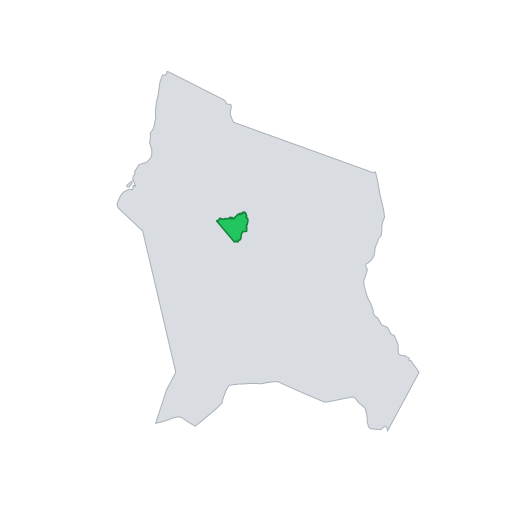 Mwingi North, Eastern, Kenya shown in context, rotated 167°
{"feature_id": "3690345B80003743115065", "entity_name": "Mwingi North", "entity_type": "district", "adm_level": 2, "iso_a3": "KEN", "parent_name": "Kenya", "parent_adm1": "Eastern", "projection": "natural_earth1", "projection_center": [38.213, -0.407], "detail": "fine", "context": "in_parent", "style": "filled", "palette": "green", "viewbox_px": 512, "rotation_deg": 167, "n_neighbors": 0, "source": "geoboundaries", "source_scale": "gbopen_adm2", "svg_char_len": 6516}
<svg xmlns="http://www.w3.org/2000/svg" viewBox="0 0 512 512"><g transform="rotate(167 256 256)"><path d="M120.7,311.0L120.6,304.4L121.4,287.3L121.3,272.4L122.0,264.9L125.2,260.1L126.7,256.7L127.8,251.9L129.4,247.9L133.2,244.8L133.9,243.0L137.9,237.7L140.3,230.8L142.1,228.5L144.4,226.3L146.0,225.2L148.6,224.0L150.7,223.4L151.1,222.8L151.2,221.7L150.6,217.5L151.4,216.1L152.9,213.3L154.5,210.6L155.9,208.9L156.7,207.2L157.1,204.2L157.2,202.1L157.2,198.6L156.7,190.7L155.0,184.2L154.0,176.8L154.7,174.4L153.4,170.0L152.7,169.8L151.6,168.9L150.2,164.8L149.2,161.1L148.5,160.1L144.0,156.9L141.8,149.2L139.2,147.5L137.8,139.9L137.6,137.7L139.0,130.1L138.9,128.4L137.4,126.8L133.1,125.1L129.7,122.0L130.1,120.9L130.4,119.8L128.5,119.0L123.3,106.0L130.1,98.2L137.0,90.3L145.8,80.3L153.9,71.1L160.9,63.1L167.1,56.1L167.0,57.4L167.0,59.2L167.8,60.3L169.1,61.1L170.9,60.3L172.4,59.2L173.9,58.9L183.3,61.9L184.9,64.5L184.8,67.2L185.2,69.2L184.4,71.2L183.7,77.3L183.9,82.9L186.7,87.1L189.2,90.3L191.2,94.9L192.6,96.3L194.7,97.0L201.1,97.2L210.7,97.5L219.8,97.8L220.7,97.9L222.6,98.5L231.0,104.7L238.8,110.3L245.3,115.2L251.7,120.0L257.8,124.6L262.6,128.5L267.4,129.6L275.0,130.2L280.3,130.4L285.2,132.0L292.5,133.5L298.0,134.3L301.3,135.1L310.4,136.0L311.9,135.5L315.9,131.2L320.4,124.3L322.2,120.5L328.0,116.7L338.3,111.4L345.5,107.7L353.5,103.9L357.1,107.2L362.2,112.4L364.4,115.0L366.2,116.1L368.9,116.9L372.3,116.9L374.1,116.8L377.8,116.1L386.5,115.5L391.4,115.5L387.3,122.5L382.3,130.7L373.1,146.0L366.1,154.0L360.8,160.1L360.3,161.2L360.3,168.0L360.4,184.5L360.5,217.6L360.6,250.7L360.7,283.8L360.8,300.3L360.8,305.9L365.4,312.8L370.0,319.6L376.0,328.6L379.2,333.4L379.8,335.0L379.6,338.3L374.6,345.0L370.6,348.1L365.1,349.5L363.5,349.3L361.4,348.3L360.5,349.9L359.9,352.4L358.7,351.9L357.8,351.1L358.3,355.6L358.9,357.8L358.0,360.8L355.4,363.4L355.2,365.6L349.4,371.4L341.3,372.0L337.0,374.9L335.1,377.3L333.7,382.4L334.2,390.2L331.9,396.3L331.5,399.3L327.3,403.3L325.4,406.9L324.0,410.5L322.8,412.1L321.4,420.3L319.4,425.3L318.9,427.0L318.4,428.5L316.9,431.4L315.9,433.4L315.2,434.8L310.3,447.5L306.4,453.3L303.4,452.6L301.4,454.9L301.1,455.9L300.1,455.3L297.5,453.2L292.3,448.9L287.1,444.6L281.9,440.2L276.7,435.9L271.5,431.5L266.3,427.2L261.1,422.9L255.9,418.5L252.8,416.0L251.5,414.5L250.4,411.5L249.9,410.7L248.5,409.8L246.9,409.6L246.4,409.0L246.4,407.6L247.0,405.5L248.9,401.5L249.1,399.2L248.8,396.5L248.2,392.2L247.6,391.3L244.2,389.0L236.9,384.4L229.7,379.7L222.5,375.0L215.2,370.3L208.0,365.7L200.8,361.0L193.5,356.3L186.3,351.7L179.1,347.0L171.8,342.3L164.6,337.6L157.4,333.0L150.1,328.3L142.9,323.6L135.7,319.0L128.4,314.3L125.7,312.5L123.3,311.0L120.7,311.0ZM361.3,356.4L360.1,356.8L360.7,354.5L364.4,351.7L365.9,352.3L366.2,353.0L366.1,353.6L365.5,354.2L361.3,356.4Z" fill="#d9dde1" stroke="#a8b0b8" stroke-width="1"/><path d="M273.9,274.5L273.7,274.6L273.4,274.7L273.1,274.6L273.0,274.9L272.8,275.1L272.7,275.1L272.5,274.9L272.3,274.9L272.2,274.8L272.0,274.6L271.8,274.5L271.5,274.2L271.4,274.2L271.2,274.1L271.0,274.4L270.8,274.4L270.7,274.3L270.6,274.1L270.3,273.8L270.2,273.8L270.1,274.0L269.9,274.5L269.7,274.7L269.5,274.8L269.5,275.1L269.4,275.1L269.1,275.2L269.0,275.4L269.0,275.5L268.9,275.5L268.8,275.4L268.6,275.4L268.4,275.2L268.2,275.2L268.0,275.3L267.7,275.4L267.6,275.5L267.2,275.8L267.0,276.2L266.9,276.6L266.7,277.0L266.7,277.3L266.4,277.5L266.1,277.7L266.0,278.2L266.0,278.5L265.9,279.0L265.8,279.3L265.5,280.0L265.4,280.1L265.3,280.5L265.3,280.8L265.1,281.0L264.9,281.1L264.7,281.1L264.5,281.3L264.4,281.7L264.3,281.8L264.1,281.9L264.0,282.0L263.6,282.5L263.3,282.5L263.2,282.7L262.8,282.5L262.4,282.5L262.2,282.4L262.1,282.5L261.9,282.5L261.6,282.5L261.3,282.5L261.0,282.5L260.8,282.4L260.7,282.4L260.5,282.2L260.4,282.2L260.1,282.2L259.7,282.1L259.5,282.5L259.5,282.9L259.4,283.0L259.2,283.4L259.1,283.8L259.0,284.0L259.2,284.3L259.2,284.5L258.8,285.1L258.7,285.2L258.7,285.3L258.9,285.5L259.0,285.6L258.8,285.8L258.6,286.0L258.8,286.2L258.8,286.5L258.7,286.7L258.7,286.8L258.7,287.2L258.7,287.3L258.5,287.5L258.5,287.9L258.4,287.9L258.4,288.0L258.2,288.2L258.1,288.4L257.9,288.4L257.9,288.5L257.7,288.4L257.6,288.5L257.5,288.8L257.4,289.2L256.9,289.8L256.8,290.0L256.7,290.3L256.2,291.5L256.1,291.8L255.8,292.5L255.7,292.7L255.7,292.8L255.8,293.1L255.9,293.5L255.7,294.5L256.0,294.8L256.1,295.0L256.3,295.1L256.4,295.3L257.0,296.1L257.0,296.4L256.6,296.7L256.6,296.8L256.4,296.9L256.1,297.0L256.1,297.5L256.2,297.9L256.2,298.0L256.2,298.3L256.2,298.5L256.4,298.6L256.3,299.3L256.3,299.5L256.5,299.5L256.8,300.1L256.9,300.3L256.7,300.6L256.8,300.7L256.7,300.8L256.9,301.0L257.0,300.9L257.1,301.0L257.2,300.9L257.2,300.7L257.3,300.8L257.4,300.7L257.5,300.8L257.5,301.0L257.8,301.2L258.1,301.4L258.2,301.5L258.3,301.4L258.3,301.5L258.5,301.5L258.7,301.4L258.8,301.3L258.8,301.2L259.0,301.2L258.9,301.3L259.0,301.3L259.3,301.4L259.4,301.2L259.5,301.2L259.8,301.2L260.0,300.9L260.0,301.0L260.3,301.0L260.3,300.9L260.5,300.9L260.8,300.9L260.7,300.8L260.8,300.8L261.0,300.9L261.3,300.8L261.4,300.7L261.5,300.6L261.8,300.7L262.0,300.8L262.0,300.7L262.3,300.5L262.3,300.4L262.4,300.2L262.4,299.9L262.5,299.8L262.7,300.0L262.8,300.1L262.8,300.3L263.0,300.5L263.1,300.4L263.2,300.5L263.4,300.5L263.6,300.5L263.9,300.7L264.0,300.6L264.3,300.7L264.5,300.7L264.9,300.4L265.0,300.2L265.3,300.0L265.6,299.7L266.0,299.5L266.4,299.3L266.9,299.0L267.3,298.9L267.6,298.8L267.9,298.4L268.1,298.2L268.6,297.7L268.8,297.3L269.0,297.2L269.1,297.3L269.4,297.6L269.6,297.6L269.8,297.6L269.8,297.8L269.8,298.0L270.0,298.4L270.3,298.1L270.8,298.0L271.0,297.9L271.5,297.9L271.3,298.3L271.1,298.8L271.3,299.1L271.5,299.0L271.8,299.3L272.0,299.3L272.3,299.2L272.5,299.2L272.6,299.3L272.7,299.2L272.7,299.3L272.9,299.4L273.0,299.4L273.1,299.2L273.4,299.1L273.5,299.1L273.9,298.7L274.1,298.7L274.3,298.7L274.5,298.8L274.6,298.7L275.3,298.7L275.9,298.8L276.2,298.9L276.3,299.0L276.7,299.1L276.9,299.3L277.0,299.1L277.5,299.0L277.9,299.0L278.1,299.0L278.4,299.2L278.5,299.3L278.7,299.2L278.8,299.3L279.0,299.3L279.3,299.2L279.5,299.2L280.2,299.4L280.3,299.5L280.8,299.7L281.0,299.8L281.2,299.7L281.4,299.7L281.6,299.7L281.7,299.8L281.8,300.0L281.8,300.3L281.9,300.5L282.3,300.9L282.6,300.9L282.9,300.8L283.0,300.7L283.3,300.6L283.4,300.2L283.5,300.1L284.0,299.7L284.5,299.3L284.6,299.1L284.8,299.0L285.1,299.0L285.2,298.9L285.3,298.9L285.4,299.1L285.6,299.1L285.8,299.3L286.1,299.3L286.4,299.0L286.4,298.9L282.7,291.7L282.5,291.3L282.2,290.7L273.9,274.5Z" fill="#22c55e" stroke="#15803d" stroke-width="1.5"/></g></svg>